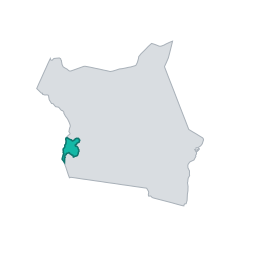 location of Western within Kenya, rotated 339°
{"feature_id": "KEN-891", "entity_name": "Western", "entity_type": "Province", "adm_level": 1, "iso_a3": "KEN", "parent_name": "Kenya", "parent_adm1": "", "projection": "mercator", "projection_center": [34.624, 0.494], "detail": "fine", "context": "in_parent", "style": "filled", "palette": "teal", "viewbox_px": 256, "rotation_deg": 339, "n_neighbors": 0, "source": "natural_earth", "source_scale": "10m", "svg_char_len": 5067}
<svg xmlns="http://www.w3.org/2000/svg" viewBox="0 0 256 256"><g transform="rotate(339 128 128)"><path d="M55.5,153.5L55.5,150.4L55.9,142.5L55.9,135.6L56.3,132.1L58.0,129.9L58.8,128.3L59.3,126.1L60.2,124.3L62.3,122.8L62.6,122.0L64.8,119.5L66.1,116.3L67.0,115.3L68.2,114.3L69.1,113.7L70.5,113.2L71.6,112.9L71.8,112.7L71.9,112.1L71.5,110.2L72.0,109.5L72.8,108.2L73.6,107.0L74.4,106.2L74.9,105.4L75.1,104.0L75.1,103.0L75.1,101.4L74.8,97.8L73.9,94.7L73.4,91.3L73.8,90.2L73.1,88.2L72.7,88.1L72.1,87.6L71.4,85.7L70.8,84.0L70.5,83.6L68.0,82.1L66.8,78.5L65.4,77.7L64.7,74.2L64.6,73.2L65.3,69.7L65.3,68.9L64.4,68.1L62.2,67.4L60.3,65.9L60.5,65.4L60.7,64.9L59.7,64.5L56.9,58.5L60.5,54.8L64.2,51.2L68.9,46.5L73.3,42.2L77.0,38.5L80.4,35.3L80.3,35.9L80.3,36.7L80.7,37.2L81.4,37.6L82.4,37.2L83.2,36.7L84.0,36.6L89.0,38.0L89.9,39.2L89.8,40.4L90.0,41.4L89.7,42.3L89.2,45.1L89.4,47.7L90.9,49.7L92.2,51.2L93.3,53.3L94.1,54.0L95.2,54.3L98.6,54.4L103.7,54.5L108.7,54.6L109.1,54.7L110.1,55.0L114.7,57.8L118.8,60.5L122.3,62.7L125.7,65.0L129.0,67.1L131.6,68.9L134.1,69.4L138.3,69.7L141.1,69.8L143.7,70.5L147.7,71.2L150.6,71.6L152.3,72.0L157.2,72.4L158.0,72.2L160.2,70.2L162.6,67.0L163.6,65.2L166.7,63.4L172.2,61.0L176.0,59.2L180.3,57.5L182.3,59.0L185.0,61.4L186.2,62.6L187.2,63.2L188.6,63.5L190.4,63.5L191.4,63.5L193.4,63.2L198.0,62.9L200.7,62.9L198.5,66.1L195.8,70.0L190.8,77.0L187.1,80.8L184.2,83.6L184.0,84.1L184.0,87.2L184.0,94.9L184.1,110.2L184.1,125.6L184.2,140.9L184.2,148.6L184.2,151.1L186.7,154.4L189.2,157.5L192.4,161.7L194.1,163.9L194.4,164.6L194.3,166.1L191.7,169.3L189.5,170.7L186.6,171.4L185.7,171.2L184.5,170.8L184.1,171.5L183.7,172.7L183.1,172.5L182.6,172.1L182.9,174.2L183.2,175.2L182.8,176.6L181.3,177.8L181.2,178.8L178.1,181.5L173.8,181.8L171.5,183.1L170.5,184.2L169.7,186.6L170.0,190.2L168.8,193.1L168.5,194.5L166.3,196.3L165.3,198.0L164.5,199.7L163.9,200.4L163.1,204.2L162.1,206.5L161.8,207.3L161.5,208.0L160.7,209.4L160.2,210.3L159.8,210.9L157.2,216.8L155.1,219.5L153.5,219.2L152.4,220.3L152.3,220.7L151.7,220.5L150.3,219.5L147.5,217.5L144.8,215.5L142.0,213.4L139.2,211.4L136.4,209.4L133.6,207.4L130.8,205.4L128.0,203.4L126.4,202.2L125.6,201.5L125.1,200.1L124.8,199.7L124.1,199.3L123.2,199.2L122.9,199.0L122.9,198.3L123.2,197.3L124.3,195.5L124.4,194.4L124.2,193.1L123.9,191.2L123.6,190.7L121.7,189.7L117.8,187.5L114.0,185.4L110.1,183.2L106.2,181.0L102.3,178.9L98.5,176.7L94.6,174.5L90.7,172.4L86.8,170.2L83.0,168.0L79.1,165.9L75.2,163.7L71.3,161.5L67.4,159.4L63.6,157.2L59.7,155.0L58.2,154.2L56.9,153.5L55.5,153.5ZM184.5,174.6L183.8,174.7L184.2,173.7L186.2,172.4L187.0,172.7L187.2,173.0L186.8,173.5L184.5,174.6Z" fill="#d9dde1" stroke="#a8b0b8" stroke-width="1"/><path d="M67.1,115.5L67.5,115.4L67.6,115.2L67.8,115.4L68.3,115.9L68.3,116.2L68.7,116.7L70.5,118.7L70.6,118.8L70.8,118.8L71.0,118.8L71.1,119.0L71.1,119.3L71.1,119.5L71.2,119.9L71.3,120.0L71.5,120.2L71.8,120.3L72.5,120.2L72.8,120.1L73.4,119.9L73.5,119.9L73.7,120.0L73.8,120.0L74.0,120.0L74.1,119.9L74.4,119.5L74.5,119.4L74.8,119.3L75.4,119.2L76.4,119.2L76.5,119.2L76.6,119.3L76.8,119.4L76.9,119.5L77.0,119.5L77.6,119.7L77.7,119.8L77.8,119.8L77.9,120.2L78.3,120.6L78.3,121.0L78.3,121.5L78.5,121.7L78.5,121.8L78.6,122.1L78.5,122.3L78.3,122.6L77.8,122.8L77.7,123.0L77.6,123.3L77.5,123.5L77.4,123.6L77.1,123.8L76.9,123.8L76.6,123.8L76.4,123.7L76.2,123.7L75.9,123.7L75.6,123.9L75.4,123.9L75.2,123.9L74.9,123.9L74.7,124.0L74.2,124.7L74.1,124.8L73.9,124.9L73.7,124.9L73.4,124.8L73.3,124.7L73.2,124.7L73.0,124.8L72.9,124.8L72.7,124.9L72.6,125.1L72.5,125.3L72.5,126.1L72.7,126.4L73.5,126.7L73.6,126.8L73.9,127.4L74.0,127.8L74.2,128.3L74.2,128.5L74.0,129.7L74.0,129.9L74.1,130.2L74.2,130.4L74.2,130.5L74.3,130.6L74.2,130.9L74.1,131.2L73.9,131.9L73.9,132.1L73.7,132.3L73.1,132.7L72.9,132.9L72.9,133.0L72.6,133.4L72.5,133.8L72.2,134.2L71.4,135.0L71.1,135.4L70.7,135.6L70.4,135.5L70.0,135.5L69.9,135.5L69.7,135.5L69.3,135.6L69.2,135.7L68.6,135.4L68.2,135.3L67.8,135.4L67.3,135.6L67.1,135.7L66.9,135.7L66.7,135.6L66.5,135.4L66.5,135.2L66.7,134.8L66.7,134.6L66.7,134.1L66.8,133.9L66.8,133.7L66.7,133.6L66.1,133.2L65.8,133.1L65.7,133.0L65.6,132.8L65.7,132.6L65.6,132.4L64.6,131.4L64.6,131.2L64.5,130.8L64.5,130.4L64.4,130.3L64.4,130.1L64.0,129.8L63.9,129.7L63.7,129.7L63.6,129.8L63.3,129.9L63.2,130.0L62.9,129.9L61.9,129.8L61.8,129.7L61.6,129.8L61.4,129.8L61.2,129.9L61.2,130.0L61.0,130.4L60.9,130.5L60.7,130.7L60.2,130.7L59.9,130.7L59.4,131.1L59.0,131.4L59.0,131.5L58.9,131.8L58.8,132.2L58.8,132.8L58.8,133.0L58.7,133.1L58.3,133.3L58.2,133.3L57.9,133.5L57.7,133.7L57.7,133.8L57.6,134.0L57.7,134.4L57.7,134.5L57.3,135.1L57.3,135.3L56.4,137.4L55.9,135.5L55.3,133.7L55.4,133.3L56.4,131.9L56.6,131.7L58.0,129.7L58.7,129.2L58.8,129.0L58.9,128.6L58.7,128.0L58.7,127.6L58.8,127.5L59.1,127.1L59.2,126.9L59.3,126.7L59.7,124.9L60.0,124.3L60.6,124.0L61.3,123.7L61.9,123.4L62.3,122.9L62.6,122.1L62.7,121.7L62.9,121.3L64.0,120.7L64.4,120.5L64.6,119.7L65.1,119.1L65.6,117.9L65.7,117.5L65.7,117.1L65.7,116.7L65.8,116.3L66.0,115.9L66.2,115.6L66.5,115.2L66.8,115.3L67.1,115.5Z" fill="#14b8a6" stroke="#0f766e" stroke-width="1.5"/></g></svg>